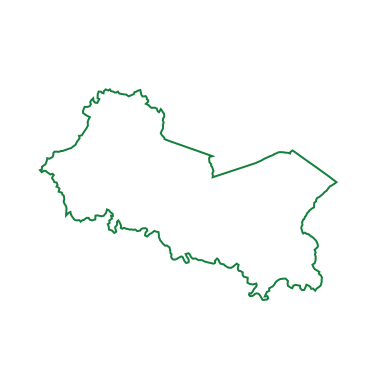 Adrianópolis, Paraná, Brazil, rotated 198°
{"feature_id": "56859067B33632920480523", "entity_name": "Adrianópolis", "entity_type": "district", "adm_level": 2, "iso_a3": "BRA", "parent_name": "Brazil", "parent_adm1": "Paraná", "projection": "orthographic", "projection_center": [-48.811, -24.789], "detail": "fine", "context": "isolated", "style": "outline", "palette": "green", "viewbox_px": 384, "rotation_deg": 198, "n_neighbors": 0, "source": "geoboundaries", "source_scale": "gbopen_adm2", "svg_char_len": 5126}
<svg xmlns="http://www.w3.org/2000/svg" viewBox="0 0 384 384"><g transform="rotate(198 192 192)"><path d="M326.0,158.8L323.8,159.2L322.1,157.2L322.5,155.2L320.9,155.1L319.1,154.3L318.9,151.1L315.6,151.2L314.4,149.5L312.9,149.0L311.2,145.7L311.2,143.5L309.8,141.5L307.6,139.8L306.2,137.6L305.7,135.4L304.5,130.8L302.9,134.1L301.4,135.4L300.5,133.7L299.4,132.4L297.2,130.7L295.7,129.7L294.3,129.2L292.8,129.4L290.4,130.4L288.7,129.4L287.5,131.3L286.1,132.2L284.3,134.8L282.2,135.5L280.8,134.1L278.3,134.1L277.0,135.0L275.5,136.0L276.5,139.7L274.8,140.5L270.2,141.0L268.6,142.2L267.4,145.3L267.3,147.3L267.5,149.1L265.7,149.1L263.7,147.8L260.7,146.7L259.9,144.7L261.6,144.4L259.9,141.9L261.9,139.3L260.8,137.1L262.2,135.4L261.0,134.1L260.0,132.2L259.3,130.7L256.1,130.6L254.5,129.7L253.2,129.1L251.8,130.8L254.3,134.7L253.3,137.0L253.4,138.7L254.1,140.4L253.3,142.2L251.2,140.5L249.1,138.1L248.6,135.8L247.0,135.5L245.6,137.0L243.4,136.7L241.5,137.0L240.0,136.9L238.6,137.5L236.0,138.0L234.2,138.8L232.0,137.9L229.6,139.1L228.7,141.2L227.6,142.2L225.0,143.2L223.6,142.9L222.5,141.2L223.6,139.3L223.3,136.2L220.9,135.8L219.2,139.0L217.8,140.3L215.8,143.4L213.6,143.2L211.6,143.6L210.4,141.4L209.6,139.0L208.2,137.4L207.3,136.2L206.0,135.4L203.7,133.9L201.0,132.6L199.5,133.4L196.2,132.3L195.0,130.1L194.2,128.7L193.6,127.2L192.2,126.4L191.8,123.9L190.3,122.3L188.5,122.0L186.6,122.8L184.3,125.4L182.3,127.4L180.7,127.2L178.1,124.2L175.7,122.7L173.5,124.0L173.8,125.7L175.0,127.5L176.7,128.6L178.9,131.0L176.3,132.7L174.5,131.7L173.2,130.1L170.8,128.8L167.8,129.9L164.9,129.2L161.2,130.3L158.9,129.8L156.4,129.9L154.9,130.0L153.4,130.1L149.3,130.5L148.1,131.8L148.9,133.7L147.6,136.5L145.9,135.7L144.8,134.4L143.1,132.7L141.0,132.8L139.3,133.0L138.2,132.3L134.3,131.3L131.5,131.9L130.3,133.1L127.3,137.7L125.1,137.0L125.1,134.6L124.4,132.5L122.9,131.5L121.5,131.8L118.9,131.2L118.3,128.9L116.7,127.5L112.5,127.6L111.3,122.9L108.5,122.4L105.7,122.8L102.6,124.8L101.7,123.5L101.7,121.9L103.2,118.5L103.6,115.6L104.4,113.7L106.1,113.5L106.1,111.9L104.7,111.0L102.9,111.5L101.5,112.8L100.8,114.3L99.4,115.5L97.9,115.8L96.6,115.5L94.8,114.2L91.7,111.3L90.3,111.5L89.0,112.3L87.6,112.8L86.6,114.4L88.0,116.2L90.5,115.1L89.9,120.1L87.9,121.9L88.9,124.2L86.1,127.1L85.2,129.1L84.7,131.5L84.0,133.2L82.0,135.8L80.9,136.6L77.5,138.2L76.1,138.5L73.3,137.1L72.7,134.2L71.7,132.4L68.8,131.6L66.9,131.5L66.6,134.4L64.7,135.7L60.3,136.2L59.2,133.8L57.0,132.7L55.0,133.6L54.7,135.9L54.5,139.2L52.2,139.0L50.3,138.5L48.8,136.8L47.1,137.6L44.4,136.2L43.7,138.5L41.6,141.3L40.7,143.1L40.9,146.6L41.6,148.6L42.0,150.9L43.7,152.5L46.1,153.4L46.1,155.3L48.7,156.0L51.5,156.6L53.3,158.0L55.0,160.1L53.4,162.2L53.3,164.8L53.9,166.9L54.2,168.5L55.9,170.8L55.7,172.8L57.5,174.9L56.1,177.3L55.4,178.8L56.1,180.8L58.5,183.7L61.2,185.3L63.1,186.2L65.0,186.6L67.2,187.5L68.7,188.0L70.1,187.6L72.2,188.2L73.4,186.9L74.5,187.8L75.4,189.3L76.8,191.1L77.2,192.9L76.8,194.9L77.8,196.8L77.8,198.4L77.8,200.0L76.9,201.0L76.9,203.2L76.2,204.8L75.9,207.6L75.0,209.1L74.6,210.7L72.7,213.5L71.2,215.1L71.8,217.2L72.4,219.6L71.2,221.3L71.5,223.3L71.0,225.1L69.3,226.7L66.9,230.6L66.1,232.5L64.3,235.0L63.5,237.6L62.6,239.9L61.0,241.6L59.1,243.9L57.6,246.0L67.1,249.3L80.5,253.6L102.0,260.3L104.3,261.1L109.2,262.6L110.7,260.6L110.6,259.0L113.0,258.9L115.1,258.3L117.2,258.1L120.0,257.3L121.9,256.6L123.4,255.1L125.2,253.7L126.0,252.6L127.1,251.5L129.4,249.8L130.6,248.5L132.3,247.1L134.2,245.2L135.4,243.7L137.5,241.8L139.0,240.5L140.1,239.4L176.9,212.4L177.1,214.0L178.4,216.0L178.0,218.5L179.3,220.3L180.5,221.9L181.8,222.7L182.4,224.4L184.6,225.7L185.3,227.3L186.1,229.1L186.1,230.7L183.7,232.4L229.6,233.5L234.5,233.8L235.2,235.1L238.3,236.8L239.9,238.3L239.7,240.9L239.2,243.8L240.4,246.8L240.5,249.6L241.8,250.9L242.2,252.8L241.7,255.2L242.8,257.8L244.3,258.8L246.0,260.3L247.3,261.2L248.0,257.7L249.6,258.2L251.3,260.5L253.9,260.6L256.6,259.5L258.3,260.1L260.1,261.2L263.1,261.6L261.7,264.1L262.0,265.8L263.6,266.2L264.2,267.8L265.8,268.9L267.1,268.1L268.6,267.6L270.2,268.8L272.7,273.0L275.1,271.4L276.2,270.0L277.5,269.3L277.6,267.1L278.9,266.0L280.3,264.7L281.8,263.4L284.6,264.3L289.0,263.5L291.7,263.2L293.5,264.6L294.6,263.2L296.2,262.8L297.9,263.1L300.2,262.9L301.8,264.2L302.9,262.7L305.8,262.9L306.9,260.9L306.7,258.5L308.2,258.5L309.4,259.3L311.8,258.7L311.9,256.0L310.8,252.0L308.9,251.7L309.6,247.5L311.6,247.0L313.9,248.3L314.9,250.6L316.3,247.9L316.6,246.0L315.3,244.2L315.8,242.1L317.4,240.8L320.4,239.8L320.6,237.9L320.7,235.6L320.1,233.5L317.1,232.5L313.6,231.8L312.2,231.6L312.8,229.2L312.9,226.7L311.5,222.8L312.1,219.9L313.1,216.5L314.0,213.2L314.4,211.8L316.8,210.4L315.5,208.5L317.0,203.9L317.3,200.9L319.1,198.6L320.6,196.3L321.8,195.6L326.5,192.0L327.6,191.1L329.3,190.5L330.6,189.3L335.2,187.9L335.9,186.2L335.3,184.3L335.5,182.0L336.8,180.9L337.8,179.6L340.1,179.4L339.8,177.8L339.8,174.7L340.0,172.9L342.5,169.7L341.8,166.9L343.3,165.8L341.0,164.4L339.5,166.3L337.8,166.9L336.1,166.1L334.0,165.5L332.1,164.9L330.3,166.2L328.7,165.4L329.3,163.4L329.4,161.9L327.5,160.5L326.0,158.8Z" fill="none" stroke="#15803d" stroke-width="2"/></g></svg>